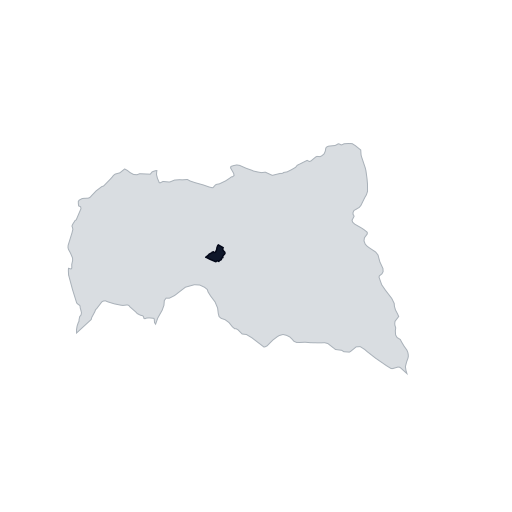 Mala, Kémo, Central African Republic (highlighted), rotated 23°
{"feature_id": "33826404B24746486434253", "entity_name": "Mala", "entity_type": "district", "adm_level": 2, "iso_a3": "CAF", "parent_name": "Central African Republic", "parent_adm1": "Kémo", "projection": "robinson", "projection_center": [19.625, 6.239], "detail": "fine", "context": "in_parent", "style": "filled", "palette": "ink", "viewbox_px": 512, "rotation_deg": 23, "n_neighbors": 0, "source": "geoboundaries", "source_scale": "gbopen_adm2", "svg_char_len": 4522}
<svg xmlns="http://www.w3.org/2000/svg" viewBox="0 0 512 512"><g transform="rotate(23 256 256)"><path d="M344.9,189.5L349.1,190.7L349.8,192.2L348.7,196.9L349.5,199.9L351.9,202.4L354.3,203.5L356.6,204.1L364.6,205.6L367.9,207.4L372.3,213.0L377.8,218.0L379.1,220.7L378.9,223.2L377.3,226.1L377.5,227.4L380.1,230.3L383.0,233.4L388.3,236.8L397.5,242.0L401.7,245.6L403.1,248.3L405.5,251.2L408.8,253.9L411.0,255.9L409.5,261.7L410.0,263.7L410.8,265.3L412.7,267.6L413.5,270.5L415.4,274.2L417.7,275.9L421.5,276.5L423.5,278.2L427.6,281.2L431.7,283.7L433.4,285.4L434.5,287.0L435.4,288.8L435.8,290.6L436.0,294.5L436.7,299.4L438.8,302.8L440.9,305.3L432.6,302.4L431.4,302.3L430.0,302.8L425.7,306.3L424.3,306.8L418.9,306.0L405.8,303.3L395.7,300.6L392.7,299.6L387.3,298.7L383.7,300.5L380.4,306.8L379.5,308.0L374.2,309.8L371.8,309.3L365.7,311.0L356.3,308.5L353.0,309.0L350.3,310.3L343.6,313.1L339.5,314.7L334.8,316.2L330.3,318.4L327.2,319.7L324.3,319.7L321.6,318.4L318.7,317.3L315.1,317.1L311.5,317.7L308.4,320.2L307.1,322.0L304.4,326.7L301.3,334.4L300.0,335.9L298.9,336.7L284.2,332.9L277.9,332.0L273.7,333.2L268.3,331.0L266.0,330.7L264.9,331.3L261.9,330.4L257.1,327.8L252.4,326.7L248.3,327.0L245.7,326.2L243.7,323.6L241.0,318.9L236.3,314.3L229.9,310.6L225.9,307.8L224.3,305.9L220.9,304.9L215.6,304.7L210.5,306.5L203.2,312.3L196.5,324.2L192.7,328.7L189.7,329.9L189.0,332.8L190.5,337.3L190.8,342.6L189.8,351.5L190.2,358.0L188.6,356.9L187.0,353.9L186.3,353.3L181.8,354.7L179.5,355.9L178.3,357.1L177.4,357.3L175.9,355.6L174.8,355.3L173.1,355.6L171.3,355.6L170.1,355.4L169.4,355.5L167.2,354.5L159.6,352.0L158.3,351.2L156.7,351.3L152.8,353.5L150.7,354.1L144.3,355.4L137.5,356.1L134.9,356.1L133.1,357.1L132.0,358.5L129.9,366.7L129.3,368.1L129.4,370.2L128.8,376.8L129.1,378.9L120.9,397.0L119.6,394.0L118.7,390.4L118.4,386.4L118.6,385.3L118.1,384.1L117.4,380.8L118.0,378.6L117.5,376.4L115.9,374.2L114.5,372.5L113.7,371.0L113.0,370.3L111.4,370.1L109.3,369.3L100.3,358.7L90.9,346.7L89.0,342.8L88.2,340.6L90.5,340.3L91.1,339.9L91.1,338.9L89.7,335.8L89.0,331.9L87.9,329.5L84.2,325.9L80.7,323.1L79.6,321.6L78.9,319.6L77.6,306.7L77.0,303.0L75.9,301.4L75.1,300.7L74.8,299.7L75.0,297.4L75.4,295.4L75.4,294.6L76.4,292.8L76.4,280.8L75.3,279.2L73.2,279.2L72.1,277.4L71.1,275.2L71.4,273.7L73.4,271.2L74.8,270.3L78.8,268.4L79.9,267.4L80.6,266.2L81.1,264.6L83.4,258.5L86.9,252.4L88.4,251.1L91.9,242.1L92.7,239.8L93.3,237.5L94.4,235.6L98.2,232.6L101.1,227.2L104.2,227.5L107.4,228.4L111.5,228.8L114.7,227.7L116.8,225.7L126.7,222.0L127.5,219.2L129.0,217.7L130.8,216.3L131.5,216.2L131.6,217.1L132.7,220.1L135.0,223.1L138.3,226.3L139.2,226.1L141.3,223.7L146.4,222.1L147.8,221.5L151.4,217.9L155.9,215.6L158.4,214.7L162.9,212.4L166.1,212.7L171.2,212.3L179.7,211.2L185.8,210.8L188.9,210.3L189.7,209.9L190.9,206.4L191.8,205.4L194.1,203.9L198.7,198.7L201.6,194.3L202.5,192.7L203.2,192.5L204.4,190.6L203.2,188.7L198.1,184.8L198.2,184.3L197.9,183.6L198.2,183.1L200.1,181.5L202.7,179.7L205.5,179.0L212.7,179.1L218.9,178.7L220.3,178.8L225.2,177.9L228.5,177.1L231.8,175.2L239.5,175.4L245.9,170.6L247.7,169.8L248.5,169.0L248.8,168.3L251.8,166.4L255.1,162.5L257.8,158.9L258.5,156.4L265.7,148.0L268.2,148.2L269.4,147.1L272.3,141.5L273.2,140.5L276.2,139.5L277.6,137.8L278.8,135.3L278.8,132.3L278.2,129.8L278.2,128.6L278.9,127.5L280.1,126.4L285.6,123.4L286.9,121.9L287.8,120.6L289.3,120.3L291.0,120.5L292.0,119.7L293.2,118.3L297.0,116.4L300.6,115.0L304.3,115.6L311.0,117.5L313.0,121.5L313.9,122.9L322.3,132.4L323.9,134.6L328.0,141.5L330.5,146.2L333.4,152.9L333.7,156.5L333.3,159.7L332.8,168.5L332.0,171.0L328.4,175.8L328.3,177.9L329.0,179.7L330.1,180.4L330.8,181.3L330.4,185.5L331.7,187.1L334.4,188.1L341.3,188.9L344.9,189.5Z" fill="#d9dde1" stroke="#a8b0b8" stroke-width="1"/><path d="M222.5,261.2L221.4,261.0L221.1,261.0L217.0,260.5L216.7,261.4L216.8,263.6L217.3,265.5L217.2,268.1L216.8,268.8L216.1,269.1L215.5,269.0L215.1,268.8L214.7,269.2L214.2,269.6L214.2,270.2L213.3,271.2L212.7,272.0L212.2,272.5L211.9,273.7L211.8,274.1L211.8,274.7L211.4,274.6L211.3,275.0L211.0,275.4L210.9,275.5L210.7,275.9L210.5,276.0L210.4,276.2L210.4,276.8L211.1,276.7L214.8,277.0L219.3,277.0L221.1,277.0L221.4,276.8L221.7,276.0L222.2,275.5L222.7,275.4L223.2,275.3L223.4,275.6L223.9,275.5L224.1,274.6L224.8,273.7L225.5,272.8L225.3,272.3L225.2,272.1L225.1,271.8L225.2,271.3L225.8,270.8L226.0,270.6L226.0,270.3L226.0,270.0L225.5,269.5L225.5,268.8L226.4,266.2L226.3,265.4L225.6,264.6L224.5,264.2L223.3,263.5L222.6,262.6L222.5,261.7L222.5,261.2Z" fill="#0f172a" stroke="#020617" stroke-width="1.5"/></g></svg>